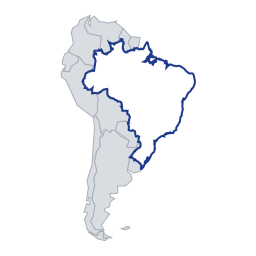 Brazil on a map of South America (Natural Earth projection)
{"feature_id": "BRA", "entity_name": "Brazil", "entity_type": "country or territory", "adm_level": 0, "iso_a3": "BRA", "parent_name": "South America", "parent_adm1": "", "projection": "natural_earth1", "projection_center": [-55.283, -14.242], "detail": "fine", "context": "in_parent", "style": "outline", "palette": "blue", "viewbox_px": 256, "rotation_deg": 0, "n_neighbors": 12, "source": "natural_earth", "source_scale": "50m", "svg_char_len": 9082}
<svg xmlns="http://www.w3.org/2000/svg" viewBox="0 0 256 256"><path d="M103.1,231.3L105.5,235.1L112.3,237.8L103.5,238.3L103.1,231.3ZM129.7,157.4L127.4,171.5L130.9,174.3L132.1,179.7L125.6,185.8L117.4,186.2L118.0,192.3L116.5,193.5L110.2,193.6L110.7,196.9L114.7,198.5L110.3,201.6L109.5,206.7L105.1,208.4L104.5,210.8L109.6,213.9L101.4,225.2L104.2,230.4L94.8,229.3L90.3,220.6L92.8,217.2L94.8,205.9L91.9,197.5L94.7,185.2L93.6,178.9L96.7,170.7L94.4,161.2L96.4,151.5L100.0,146.3L99.5,138.3L102.5,136.6L105.3,129.3L110.6,132.5L111.7,129.8L114.9,130.0L120.6,136.2L129.2,140.4L126.9,147.0L135.0,147.9L139.4,141.7L140.7,146.3L129.7,157.4Z" fill="#d9dde1" stroke="#a8b0b8" stroke-width="1"/><path d="M103.1,231.3L103.5,238.3L107.6,238.4L104.9,240.6L97.8,238.9L88.2,231.9L97.3,235.8L99.1,232.2L103.1,231.3ZM95.6,115.1L99.0,121.2L101.0,132.8L103.3,133.2L99.5,138.3L100.0,146.3L96.4,151.5L94.4,161.2L96.7,170.7L93.6,178.9L94.7,185.2L91.9,197.5L94.8,205.9L92.8,217.2L90.3,220.6L94.8,229.3L103.2,230.2L97.7,232.1L96.5,235.1L87.3,230.1L84.6,218.6L87.9,212.9L83.9,212.0L86.6,203.6L89.5,204.8L90.4,198.0L88.6,197.1L88.1,201.2L86.4,200.7L88.4,187.6L87.0,180.6L92.0,164.7L94.5,127.8L93.5,117.7L95.6,115.1Z" fill="#d9dde1" stroke="#a8b0b8" stroke-width="1"/><path d="M121.4,228.8L128.0,226.4L130.0,227.8L125.9,229.9L121.4,228.8Z" fill="#d9dde1" stroke="#a8b0b8" stroke-width="1"/><path d="M129.7,157.4L140.2,163.5L141.8,165.8L140.2,171.4L133.6,172.9L127.6,169.7L129.7,157.4Z" fill="#d9dde1" stroke="#a8b0b8" stroke-width="1"/><path d="M95.4,93.0L107.4,89.0L107.2,95.0L121.3,102.4L122.3,110.7L127.8,110.8L129.9,117.1L128.9,123.1L125.3,121.0L117.8,122.0L115.4,130.7L111.7,129.8L110.6,132.5L105.3,129.3L101.0,132.8L99.0,121.2L95.6,115.1L98.0,98.3L95.4,93.0Z" fill="#d9dde1" stroke="#a8b0b8" stroke-width="1"/><path d="M94.2,70.8L85.6,74.1L82.5,81.6L84.8,88.0L87.8,90.0L92.6,88.1L92.5,93.2L95.4,93.0L98.0,98.3L97.3,111.5L93.5,117.7L77.2,105.3L66.0,80.5L61.6,77.0L61.1,72.3L64.3,67.9L63.9,71.3L69.1,71.7L71.3,66.5L77.9,61.7L79.2,56.7L85.0,64.2L93.7,65.6L91.9,69.0L94.2,70.8Z" fill="#d9dde1" stroke="#a8b0b8" stroke-width="1"/><path d="M102.8,52.4L100.9,49.8L94.4,50.8L96.1,53.3L93.8,54.7L95.5,60.3L94.2,70.8L91.9,69.0L93.7,65.6L85.0,64.2L79.2,56.7L72.5,55.2L68.0,50.9L73.4,43.7L71.3,32.5L72.6,28.2L77.8,25.1L80.1,19.7L90.2,15.4L84.5,26.1L88.3,33.3L101.5,36.3L100.2,47.2L102.8,52.4Z" fill="#d9dde1" stroke="#a8b0b8" stroke-width="1"/><path d="M120.5,39.3L113.7,44.0L108.8,43.1L110.3,48.2L112.9,49.2L104.4,54.1L100.2,47.2L101.5,36.3L88.3,33.3L84.5,26.1L85.8,21.8L88.5,17.9L90.3,17.4L88.1,23.7L90.4,26.1L90.1,20.0L94.3,16.1L99.2,21.4L108.7,23.0L117.3,20.9L114.9,21.9L123.3,28.7L118.6,36.7L120.5,39.3Z" fill="#d9dde1" stroke="#a8b0b8" stroke-width="1"/><path d="M132.5,50.2L126.8,52.3L123.6,50.6L122.7,39.9L118.6,36.7L123.3,28.7L130.8,36.7L128.2,43.0L132.5,50.2Z" fill="#d9dde1" stroke="#a8b0b8" stroke-width="1"/><path d="M138.3,48.9L132.5,50.2L129.5,45.5L128.2,43.0L130.8,36.7L140.0,37.4L138.3,48.9Z" fill="#d9dde1" stroke="#a8b0b8" stroke-width="1"/><path d="M78.4,57.1L77.9,61.7L71.3,66.5L69.1,71.7L63.9,71.3L65.8,65.4L62.3,64.0L62.4,60.1L64.8,54.0L68.4,52.0L78.4,57.1Z" fill="#d9dde1" stroke="#a8b0b8" stroke-width="1"/><path d="M128.0,123.8L128.7,130.2L134.7,131.1L135.8,136.4L138.9,136.6L137.5,145.3L135.0,147.9L126.9,147.0L129.2,140.4L115.4,130.7L117.8,122.0L125.3,121.0L128.0,123.8Z" fill="#d9dde1" stroke="#a8b0b8" stroke-width="1"/><path d="M102.8,52.5L104.3,54.0L105.2,53.9L106.3,53.3L106.7,53.7L106.6,54.3L106.9,54.2L107.9,52.9L110.5,51.5L111.1,50.1L112.7,49.4L112.9,48.5L111.0,48.2L111.1,47.7L110.5,45.9L110.5,44.6L109.2,43.2L108.9,42.3L109.5,42.8L110.6,42.8L111.1,43.5L113.0,43.4L114.1,44.6L114.4,44.6L114.7,44.3L114.8,43.2L115.7,42.7L116.4,42.9L117.4,42.6L118.9,41.5L119.7,41.5L120.8,40.3L120.5,39.2L122.2,39.1L122.6,39.6L122.2,41.5L123.5,42.0L123.4,42.5L123.9,43.5L123.0,44.6L123.1,45.4L122.6,47.6L122.9,48.7L123.3,49.0L123.3,50.2L123.6,50.7L124.8,52.0L125.9,52.5L126.9,52.3L126.9,51.8L127.4,51.3L128.2,51.5L128.4,51.1L129.5,50.9L130.2,50.1L130.9,49.8L131.7,50.3L132.7,50.1L134.2,50.4L134.3,49.8L133.7,49.0L134.2,48.2L134.9,48.5L137.0,47.9L137.9,48.8L139.5,49.5L140.5,48.7L141.3,49.1L141.8,48.8L142.1,49.2L142.8,49.3L143.7,48.5L144.6,46.0L146.9,42.2L147.1,42.2L147.8,42.9L149.3,49.4L149.6,49.5L150.0,50.5L151.5,51.0L151.6,52.7L150.5,53.8L149.2,55.8L147.7,56.8L146.4,59.1L146.4,59.9L145.8,60.5L145.6,61.1L144.9,61.1L143.7,61.7L145.0,62.0L145.7,61.8L148.8,59.7L148.9,60.0L148.7,60.3L149.4,62.4L150.2,63.2L151.3,62.6L152.1,63.0L153.3,62.3L152.4,65.4L152.9,64.9L153.6,62.9L154.2,62.6L155.0,61.5L155.8,61.9L156.1,61.5L155.7,61.2L155.8,60.4L156.8,59.0L158.4,58.8L158.8,59.1L158.7,58.7L159.2,58.7L160.5,59.1L161.1,59.8L162.2,60.0L163.9,61.0L164.4,61.1L164.8,62.3L165.5,61.4L166.5,62.3L166.3,62.5L166.7,62.4L167.0,63.4L166.4,64.1L166.7,64.4L167.3,63.8L167.5,64.4L167.1,64.5L166.9,65.1L166.5,67.2L167.3,66.3L167.9,64.8L168.3,64.8L168.0,65.9L168.8,65.1L170.1,64.9L170.4,64.4L171.6,64.7L173.6,65.8L174.7,65.7L175.8,66.2L178.7,65.8L180.2,66.1L184.4,68.9L185.7,70.6L186.9,71.8L187.8,72.2L188.2,72.9L189.8,73.5L191.6,73.4L192.8,73.6L193.7,75.1L194.9,80.8L194.8,83.1L194.4,84.5L193.8,86.3L192.5,88.3L192.0,88.8L191.7,88.8L191.7,89.3L190.2,91.4L188.6,92.5L187.4,94.5L187.4,94.0L186.4,96.8L184.8,99.3L184.0,99.7L184.0,99.0L183.5,98.6L183.0,99.1L183.3,99.5L183.1,100.3L182.5,101.0L182.3,101.8L182.6,101.9L182.4,103.3L182.5,103.5L182.7,103.2L182.3,105.3L182.8,109.4L181.7,113.7L181.8,115.5L180.4,117.3L179.9,121.7L179.3,122.3L178.1,125.1L177.0,126.2L176.5,127.3L176.2,128.2L176.3,129.9L174.3,130.9L173.5,131.8L173.6,132.5L173.3,133.0L170.7,133.1L170.2,132.3L169.9,132.5L170.0,133.2L168.1,133.5L167.9,133.4L168.7,133.2L168.2,132.9L166.0,133.4L165.9,133.9L166.2,134.1L164.0,135.2L163.6,135.9L162.2,135.9L159.7,137.3L156.5,140.0L156.7,140.5L155.9,141.3L155.9,140.9L155.3,140.8L155.1,141.4L154.4,141.1L154.5,141.5L155.3,141.9L154.9,142.6L154.6,142.7L154.8,143.0L154.7,143.9L154.3,144.1L154.6,144.6L154.5,145.6L154.8,147.3L154.6,148.5L154.6,150.2L154.1,151.9L152.8,152.9L151.4,154.5L149.9,158.1L148.1,160.9L145.0,163.7L145.0,162.8L145.4,162.9L146.0,162.6L147.1,161.6L147.5,160.4L148.0,160.3L148.1,159.7L148.8,159.0L148.7,158.1L149.1,158.1L149.1,157.5L147.9,157.9L147.1,156.8L147.2,157.5L147.5,157.9L147.1,159.2L146.9,158.9L146.5,160.3L145.2,161.3L144.6,163.0L144.8,163.9L143.3,167.2L141.4,169.2L140.9,168.9L140.9,167.3L142.0,165.8L140.7,164.7L140.3,163.5L139.1,162.9L138.1,161.6L136.5,160.9L135.3,159.5L134.7,160.1L134.2,160.3L134.1,159.3L131.9,157.0L131.1,157.1L130.8,157.6L129.8,157.3L131.6,155.3L134.5,151.2L135.0,151.2L134.9,150.6L136.7,149.5L137.4,148.4L138.8,148.0L140.2,147.0L140.5,146.2L140.6,144.0L140.0,142.1L139.7,141.8L138.0,141.8L138.5,140.3L138.9,137.0L139.1,136.7L138.0,135.9L136.4,136.6L135.8,136.4L135.1,132.8L135.2,132.1L134.7,131.0L133.5,130.7L132.9,130.1L132.4,130.6L131.5,130.8L128.9,130.3L128.6,130.0L129.0,126.5L128.0,123.7L128.9,123.1L128.1,122.3L129.3,120.0L129.1,119.5L129.9,117.2L128.9,114.9L128.5,114.9L127.3,113.9L127.1,112.2L127.5,110.8L122.3,110.7L122.1,108.1L121.1,106.8L122.0,106.8L121.9,105.2L121.4,103.8L121.6,103.2L121.3,102.4L119.6,101.4L117.6,101.6L116.7,100.3L114.8,99.8L113.9,98.7L113.1,98.7L112.2,98.1L111.5,98.2L110.1,97.9L109.8,97.3L108.4,96.4L108.1,95.6L107.9,95.6L107.3,94.0L107.5,93.2L107.1,91.5L107.5,90.3L107.2,88.9L103.8,89.5L101.4,91.1L100.6,92.1L99.6,92.2L98.9,93.1L98.0,93.5L96.3,93.0L94.2,92.9L93.1,93.4L92.6,93.0L92.2,93.2L92.2,89.2L92.5,87.9L90.5,89.7L87.8,89.8L87.8,89.3L87.2,88.2L84.8,87.9L85.5,86.9L85.5,86.5L83.8,84.3L83.1,82.9L83.3,82.4L82.5,81.7L82.6,81.1L83.3,80.9L83.0,80.1L83.2,79.5L84.9,78.1L84.6,76.8L85.4,75.3L85.6,73.6L88.6,71.5L91.1,71.0L91.6,70.4L92.7,70.3L93.2,70.9L94.0,70.9L95.6,60.5L95.0,59.1L94.9,58.2L93.6,57.0L93.7,54.6L95.4,54.1L96.3,54.4L96.3,53.7L95.8,53.1L94.3,53.0L94.3,50.9L95.2,50.6L99.1,50.8L98.9,50.4L99.0,49.9L99.8,50.7L101.3,49.5L102.1,50.9L102.2,52.6L102.8,52.5ZM152.4,57.3L153.9,57.1L156.0,57.5L155.5,59.5L154.7,60.6L154.7,61.2L154.1,61.6L153.7,61.2L153.5,61.9L152.8,61.6L152.5,62.2L151.9,62.5L151.2,62.2L149.9,62.5L149.2,60.7L149.2,60.3L149.7,60.2L149.3,60.1L149.1,59.6L149.5,57.5L150.6,56.9L152.4,57.3ZM147.7,59.9L145.8,61.4L146.5,60.2L146.5,59.4L146.9,58.7L147.7,58.3L148.0,58.8L147.7,59.9ZM150.6,55.8L152.2,55.8L151.6,56.6L150.4,56.4L150.6,55.8ZM150.4,55.7L150.1,56.6L149.5,56.4L150.3,54.6L150.4,55.7ZM152.9,56.9L152.2,57.0L151.8,56.9L152.8,56.3L153.1,56.5L152.9,56.9ZM149.5,57.0L148.7,57.6L148.4,57.3L148.5,56.9L148.9,56.7L149.4,56.7L149.5,57.0ZM150.9,55.2L150.6,55.4L150.5,54.8L151.2,54.4L150.9,55.2ZM150.5,50.1L150.0,50.2L149.9,49.5L150.4,49.4L150.5,50.1ZM155.2,147.9L154.8,149.3L154.8,148.5L155.2,147.9ZM164.1,135.6L164.2,136.4L163.7,136.2L164.1,135.6ZM154.8,144.6L154.6,144.2L154.9,143.8L155.0,144.0L154.8,144.6ZM167.1,66.3L166.9,66.6L166.9,65.8L167.2,65.6L167.1,66.3ZM183.7,99.8L183.2,100.0L183.6,99.4L183.7,99.8ZM167.4,133.7L166.9,133.9L167.1,133.5L167.4,133.7ZM182.8,101.1L182.6,101.6L182.5,101.3L182.8,101.1ZM166.1,60.9L165.8,61.2L165.7,61.1L165.8,60.8L166.1,60.9Z" fill="none" stroke="#1e3a8a" stroke-width="2"/></svg>